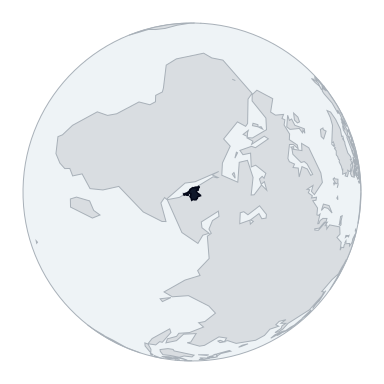 Makkah on an orthographic globe, rotated 91°
{"feature_id": "SAU-888", "entity_name": "Makkah", "entity_type": "Region", "adm_level": 1, "iso_a3": "SAU", "parent_name": "Saudi Arabia", "parent_adm1": "", "projection": "orthographic", "projection_center": [40.65, 21.044], "detail": "fine", "context": "on_globe", "style": "filled", "palette": "ink", "viewbox_px": 384, "rotation_deg": 91, "n_neighbors": 0, "source": "natural_earth", "source_scale": "10m", "svg_char_len": 13296}
<svg xmlns="http://www.w3.org/2000/svg" viewBox="0 0 384 384"><g transform="rotate(91 192 192)"><circle cx="192" cy="192" r="169" fill="#eef3f6" stroke="#a8b0b8"/><path d="M219.2,25.2L220.7,25.6L208.0,24.1L189.2,23.1L204.2,23.5L219.2,25.2ZM188.8,23.1L181.0,23.5L159.0,26.3L160.2,26.2L152.5,27.9L151.0,28.7L147.3,29.5L149.2,29.4L152.8,28.6L154.9,28.4L154.3,28.9L149.6,29.8L149.2,29.7L147.5,30.3L145.4,30.6L146.1,30.8L140.4,32.2L145.1,31.6L139.8,33.5L136.3,34.2L137.9,33.0L134.0,33.3L147.3,29.0L161.0,25.9L174.9,23.9L188.8,23.1ZM112.3,43.0L111.0,43.7L110.0,44.3L112.3,43.0ZM101.9,49.1L102.4,48.8L107.8,45.6L109.1,45.2L115.6,41.8L117.1,41.3L123.2,38.8L120.9,40.6L115.3,43.8L110.1,46.2L107.5,47.9L111.3,47.1L100.6,53.5L91.6,61.6L89.0,63.4L85.8,63.6L88.7,59.4L84.6,61.6L85.8,61.8L79.2,67.2L77.5,68.9L77.0,69.9L79.0,68.6L76.4,71.1L74.3,71.2L76.6,69.0L77.2,68.8L78.5,67.2L77.1,68.1L89.1,58.0L101.9,49.1ZM23.2,185.6L23.1,186.6L23.2,185.6ZM23.0,192.3L23.1,193.4L23.1,196.2L25.5,209.8L28.9,221.7L30.2,231.4L30.3,238.6L36.3,257.6L31.6,245.0L27.9,232.1L25.2,219.0L23.6,205.7L23.0,192.3ZM124.1,38.1L123.6,38.4L122.7,38.7L124.1,38.1ZM127.1,36.8L126.4,36.8L127.7,36.2L128.1,36.2L127.1,36.8ZM127.7,36.9L130.2,35.2L132.6,34.2L136.2,33.4L127.7,36.9ZM232.8,28.0L235.4,28.8L238.6,29.6L231.5,28.3L230.9,27.6L227.0,26.7L230.4,27.5L230.6,27.5L232.8,28.0ZM154.2,28.2L150.4,29.0L154.1,27.9L154.2,28.2ZM156.2,27.5L164.9,25.3L170.3,24.6L166.3,25.3L173.8,24.4L172.1,25.1L167.7,25.7L164.5,26.0L166.3,26.1L156.2,27.5ZM227.1,27.6L226.7,27.8L225.6,27.4L227.1,27.6ZM156.0,28.3L157.3,27.7L162.1,27.0L160.4,28.0L159.4,27.9L156.0,28.3ZM176.5,23.9L179.8,23.8L179.4,24.2L180.6,24.3L172.6,25.0L176.5,23.9ZM158.0,28.3L159.4,28.6L156.6,29.4L155.1,28.8L158.0,28.3ZM164.0,26.5L166.2,26.3L164.4,26.7L164.0,26.5ZM147.5,33.2L148.9,32.3L151.5,31.8L147.5,33.2ZM160.2,28.6L161.1,28.3L162.3,28.1L162.6,28.5L160.2,28.6ZM172.8,25.4L172.0,25.8L176.1,25.1L176.0,25.7L170.6,26.2L172.9,26.2L172.8,26.4L168.5,26.7L172.8,25.4ZM166.6,28.3L159.8,29.6L156.6,31.3L154.1,31.7L159.7,29.0L166.6,28.3ZM168.1,27.3L166.6,28.0L164.3,28.0L164.0,27.6L168.1,27.3ZM177.8,26.0L179.4,25.0L180.5,25.0L177.8,26.0ZM166.1,28.8L167.8,28.5L166.1,28.9L166.1,28.8ZM174.7,26.8L175.1,26.3L176.4,26.3L174.7,26.8ZM170.7,28.4L168.5,28.7L168.2,28.4L170.7,28.4ZM172.9,27.6L174.5,27.7L169.4,28.0L172.9,27.4L172.9,27.6ZM175.8,26.8L176.7,26.6L175.5,27.0L175.8,26.8ZM173.2,29.8L166.9,30.4L166.1,29.4L172.4,29.0L173.2,29.8ZM246.3,32.0L250.6,33.6L257.2,36.2L263.2,39.1L267.9,41.3L268.3,41.4L275.0,44.8L287.4,52.6L275.7,45.9L256.7,36.5L264.3,40.0L262.1,39.3L264.6,40.8L270.0,43.6L270.9,43.8L277.2,50.5L289.3,60.5L289.6,58.4L293.7,60.4L307.7,72.5L321.7,93.7L327.3,98.6L330.2,102.7L331.1,106.6L326.8,100.5L324.2,99.6L321.7,95.9L321.7,100.9L318.0,95.8L319.8,102.6L323.3,105.9L324.7,103.0L327.8,111.7L334.1,117.0L339.1,125.8L342.6,145.2L340.0,153.7L340.7,156.8L337.4,154.9L336.4,162.6L345.1,176.8L346.0,181.8L342.8,194.2L342.1,190.6L333.5,185.4L334.3,197.9L340.9,204.9L343.3,215.4L339.2,214.0L336.6,204.9L333.5,202.7L332.6,192.1L326.8,178.1L322.6,183.1L321.3,176.9L312.7,166.4L305.7,173.2L295.7,193.7L297.1,209.9L292.4,218.2L280.2,197.5L275.3,182.5L270.5,185.0L258.2,173.7L235.9,175.9L233.0,172.0L228.8,174.4L220.2,171.0L216.0,164.6L210.7,165.3L221.8,182.2L227.6,181.4L233.0,174.2L235.0,180.4L243.3,185.2L232.7,201.4L200.1,216.6L197.6,204.5L176.4,171.1L177.4,167.3L177.3,166.9L177.1,166.1L174.5,172.2L171.0,165.6L181.7,189.1L183.2,199.1L199.7,217.4L198.0,219.3L203.5,222.9L222.0,217.5L222.0,221.5L212.8,240.4L187.7,265.3L191.5,281.1L190.4,294.0L175.8,302.2L178.0,311.6L170.6,314.6L170.8,319.6L165.4,324.6L156.0,328.7L139.0,327.0L137.1,322.5L127.4,312.6L113.5,288.1L116.9,277.8L115.1,268.7L102.9,246.6L105.5,235.6L102.4,230.1L96.0,230.0L92.5,223.4L88.7,222.4L65.6,220.0L59.2,210.0L53.0,182.8L57.6,174.6L59.6,163.4L92.4,133.7L98.1,137.6L122.5,137.6L125.4,139.5L121.1,147.8L138.4,161.3L145.5,154.6L162.5,162.1L174.7,162.5L181.4,146.4L161.5,145.3L159.4,137.1L176.4,131.2L194.0,132.8L193.7,129.8L183.8,122.6L188.9,117.3L180.4,119.8L183.0,123.0L177.8,124.8L175.1,122.1L177.0,120.2L172.0,118.5L164.1,128.8L165.9,133.2L152.1,134.1L153.8,141.7L149.6,144.8L145.3,133.3L146.6,129.3L137.5,116.6L134.9,120.7L143.3,133.2L140.1,132.0L136.7,138.4L136.9,132.5L128.4,118.6L116.8,119.4L99.9,133.5L93.6,133.5L89.1,128.9L97.3,112.9L110.7,114.8L113.7,109.9L112.8,101.8L116.9,103.3L118.2,100.4L123.4,101.1L132.4,95.4L138.0,95.6L143.2,87.5L146.8,86.7L142.7,91.6L142.8,95.4L156.8,96.7L160.0,95.2L162.3,90.0L165.8,91.4L166.2,86.2L175.1,85.1L164.7,82.5L167.0,77.1L173.3,73.6L172.2,71.6L162.0,77.4L159.6,80.3L160.6,83.4L152.5,91.8L147.3,92.8L148.7,82.8L141.5,83.3L145.7,76.0L170.7,63.5L180.2,61.8L192.5,69.6L189.3,72.6L183.3,71.1L187.3,77.1L187.7,74.4L190.7,75.7L193.7,71.6L195.9,72.4L195.0,67.4L198.1,67.9L198.6,71.1L205.8,66.2L212.7,66.7L213.2,65.3L211.8,63.6L221.5,65.7L221.4,64.6L218.3,63.4L216.1,60.6L216.1,56.6L219.5,57.5L219.9,59.1L225.9,64.1L226.6,68.6L227.9,68.6L228.1,65.0L220.8,58.8L219.9,56.2L223.9,58.7L222.3,57.5L222.9,56.6L226.6,56.6L222.5,53.8L224.3,43.7L231.6,43.3L234.9,46.3L239.7,41.9L247.6,42.9L244.6,41.6L245.0,39.4L242.5,39.0L241.1,38.3L240.7,33.6L243.2,33.6L239.8,31.2L238.2,30.8L236.2,30.5L231.5,28.3L238.6,29.6L241.6,30.6L243.5,31.1L246.3,32.0ZM79.8,150.6L78.5,153.8L79.8,150.6ZM211.9,143.4L222.9,143.7L219.1,133.6L223.1,133.1L220.3,130.1L218.8,132.9L212.4,124.7L217.5,121.7L216.8,117.5L213.1,117.2L204.6,124.2L213.8,135.7L210.8,139.9L211.9,143.4ZM79.3,67.1L78.4,68.6L77.8,68.8L79.3,67.1ZM80.4,70.8L76.3,74.6L78.8,71.8L77.2,72.5L80.5,67.9L87.8,64.1L83.9,66.5L80.4,70.8ZM86.9,61.3L84.0,64.2L86.9,61.2L86.9,61.3ZM120.0,85.7L121.1,87.8L118.3,90.8L111.3,91.8L115.3,87.4L120.0,85.7ZM123.5,90.3L126.8,80.8L131.3,80.2L128.2,82.1L130.9,82.6L126.6,85.8L127.7,95.1L125.2,98.4L113.6,97.7L118.7,95.9L117.3,93.7L123.5,90.3ZM127.3,61.9L128.8,59.0L136.6,61.3L134.3,63.8L127.2,64.7L125.7,62.2L127.3,61.9ZM133.7,36.2L133.8,35.8L135.1,35.4L136.1,35.5L133.7,36.2ZM148.0,32.8L134.8,38.1L134.2,37.7L127.2,41.8L122.9,42.6L127.6,39.8L119.0,43.8L121.5,41.6L115.9,44.6L126.8,38.3L128.7,36.9L128.2,38.1L132.1,37.3L134.3,36.5L142.2,33.5L148.2,30.5L153.0,29.7L154.8,29.9L154.1,30.5L151.2,30.8L152.3,31.4L147.6,32.2L148.0,32.8ZM173.2,39.2L170.1,38.2L171.6,41.7L166.9,41.7L167.3,42.1L163.4,43.2L159.3,45.4L157.4,45.1L156.7,46.1L154.0,47.0L152.4,48.4L148.3,48.5L146.0,50.3L145.4,49.4L142.4,52.5L142.8,50.3L139.4,51.6L140.8,53.1L122.8,52.7L115.0,55.1L108.2,58.4L109.7,54.8L117.0,49.6L126.7,44.7L134.0,43.3L133.4,42.2L136.7,41.3L135.8,42.6L139.2,40.2L141.7,39.8L150.3,36.9L153.6,34.2L156.8,33.2L156.8,34.2L160.0,32.6L162.2,33.9L164.5,33.3L169.0,34.2L167.6,36.7L170.3,36.0L173.9,36.9L173.2,39.2ZM174.4,30.1L173.7,32.6L170.8,33.9L164.2,31.8L161.8,32.2L157.5,31.4L161.8,29.5L162.6,29.9L164.4,29.8L162.4,30.4L165.4,29.9L166.6,30.5L169.3,30.3L168.4,31.1L174.4,30.1ZM129.4,136.8L131.8,137.5L135.6,137.6L133.5,141.9L129.4,136.8ZM123.5,127.3L125.7,127.1L124.6,132.7L122.2,132.2L123.5,127.3ZM127.9,122.4L125.9,126.6L125.5,124.0L127.9,122.4ZM144.9,91.2L147.4,90.9L147.3,92.1L145.4,93.9L144.9,91.2ZM176.6,51.2L175.3,49.9L176.3,49.5L176.7,46.3L180.3,46.3L181.4,48.2L176.6,51.2ZM177.5,149.1L173.4,152.0L171.8,150.4L173.5,149.7L177.5,149.1ZM152.0,147.1L157.4,149.7L151.4,148.3L152.0,147.1ZM180.6,50.6L180.3,49.2L182.2,50.1L180.6,50.6ZM182.9,46.2L185.3,46.9L180.8,45.9L182.9,46.2ZM244.9,345.6L246.0,346.4L243.4,347.0L244.9,345.6ZM219.8,291.1L209.2,313.2L201.1,313.5L199.1,307.4L202.7,294.2L212.1,290.0L216.6,283.6L219.8,291.1ZM355.2,230.3L355.9,229.5L355.8,230.3L355.2,230.3ZM354.5,229.3L355.6,227.8L354.0,231.2L354.5,229.3ZM356.0,227.3L357.2,224.2L357.8,222.3L357.5,224.0L356.0,227.3ZM353.5,230.4L346.8,236.2L343.7,236.5L344.8,233.3L349.9,230.3L353.5,230.4ZM344.5,233.4L339.2,229.3L329.2,211.9L332.8,210.6L342.8,219.1L342.2,221.7L345.5,225.6L344.5,233.4ZM355.8,210.9L355.2,218.2L351.9,220.9L350.1,221.2L349.0,213.3L349.7,208.2L351.2,207.1L355.1,187.1L356.9,189.1L356.1,197.1L357.5,201.8L355.8,210.9ZM297.9,211.2L302.1,219.7L299.3,222.0L297.9,211.2ZM355.1,174.5L354.6,183.0L354.5,172.4L355.1,174.5ZM354.1,165.1L354.9,168.3L353.7,165.9L354.1,165.1ZM342.1,161.4L340.6,163.5L339.8,161.2L341.3,157.2L342.1,161.4ZM342.8,133.3L345.6,140.1L346.4,142.7L344.3,139.2L342.8,133.3ZM210.6,51.6L206.0,55.8L205.0,59.5L208.2,62.3L201.8,60.4L203.2,54.7L210.6,51.6ZM222.2,44.4L219.4,42.4L221.9,42.4L222.9,42.9L222.2,44.4ZM219.7,43.8L213.9,43.0L213.1,41.4L217.8,42.3L219.7,43.8ZM197.2,46.0L195.5,47.1L194.0,46.3L197.2,46.0ZM326.7,294.1L330.2,289.2L336.8,277.6L337.3,277.2L341.4,268.6L348.8,254.8L353.7,240.9L349.9,252.2L345.2,263.3L339.7,274.0L333.6,284.2L326.7,294.1ZM357.0,227.5L358.6,220.0L358.9,218.5L357.0,227.5ZM360.4,204.5L360.2,206.4L360.1,205.7L360.4,204.5ZM360.6,203.4L360.5,204.2L360.6,202.5L360.6,203.4ZM358.1,202.4L358.5,206.1L359.6,201.4L358.7,206.9L359.0,212.7L358.5,215.9L358.4,209.4L357.5,217.9L357.0,218.6L357.1,212.2L358.0,203.0L358.5,198.7L360.2,193.8L358.1,202.4ZM360.8,197.2L360.7,192.7L360.6,188.9L360.8,191.0L360.8,197.2ZM359.5,182.2L358.1,177.9L357.7,181.4L357.8,170.7L359.2,176.6L359.5,182.2ZM357.1,170.8L356.8,174.0L356.6,168.1L357.1,170.8ZM356.3,172.4L355.4,168.6L356.1,168.1L356.3,172.4ZM357.5,170.3L356.2,163.4L357.2,166.8L357.5,170.3ZM353.0,160.2L355.8,164.5L353.5,164.5L349.8,151.9L350.5,150.4L353.0,160.2ZM334.1,104.7L331.9,101.7L331.5,100.0L333.1,102.5L334.1,104.7ZM328.2,93.0L330.7,98.6L332.3,103.8L333.4,104.6L336.8,110.7L333.2,106.5L329.6,98.9L329.0,96.0L325.6,91.3L323.2,87.2L318.7,82.1L316.6,79.3L320.5,83.2L328.2,93.0ZM316.7,80.0L308.0,71.1L308.8,70.7L310.9,72.6L314.6,76.7L313.9,76.6L316.7,80.0ZM306.1,68.9L305.4,68.9L291.1,58.6L288.3,56.5L299.6,63.4L299.5,63.9L302.9,66.7L306.1,68.9ZM228.6,28.2L226.9,27.9L228.1,27.9L228.6,28.2ZM239.7,38.1L238.0,37.2L239.6,37.1L239.7,38.1ZM234.2,34.7L233.7,35.4L232.8,34.3L234.2,34.7ZM232.7,37.3L232.8,35.5L234.7,37.8L232.7,37.3Z" fill="#d9dde1" stroke="#a8b0b8" stroke-width="1"/><path d="M194.7,200.6L194.6,200.4L194.4,200.4L194.5,200.3L194.4,200.3L194.4,200.2L194.2,199.9L194.2,199.6L194.0,199.4L193.9,199.2L193.8,199.3L193.7,199.2L193.6,198.9L193.7,198.5L193.6,198.4L193.4,198.3L193.4,198.2L193.4,197.9L193.5,197.8L193.4,197.8L193.4,197.7L193.2,197.7L193.1,197.4L193.1,197.2L192.9,197.0L192.9,196.9L192.9,196.7L192.5,196.4L192.4,196.3L192.3,196.2L192.4,196.3L192.4,196.1L192.4,195.9L192.3,195.7L192.2,195.7L192.0,195.8L191.9,195.7L191.8,195.4L191.7,195.3L191.7,195.2L191.4,195.1L191.3,194.9L191.1,194.8L190.9,194.7L190.7,194.5L190.5,194.4L190.4,194.3L190.4,194.2L190.2,194.3L189.9,194.2L190.0,194.2L190.1,194.3L189.7,194.1L189.5,193.9L189.2,193.7L189.1,193.4L188.9,193.2L188.8,192.9L188.7,192.8L188.8,192.9L188.7,192.9L188.6,192.7L188.4,192.5L188.4,192.4L188.2,192.2L188.1,191.9L187.9,191.8L187.9,191.6L187.8,191.3L187.7,191.2L187.9,191.0L187.9,190.9L187.9,190.7L187.7,190.4L187.7,190.2L187.8,190.0L187.8,189.9L187.7,190.0L187.6,189.9L187.6,189.7L187.4,189.6L187.4,189.4L187.3,189.1L187.5,189.2L187.6,188.9L187.6,188.7L187.6,188.8L187.6,188.7L187.7,188.4L187.7,188.2L187.8,188.2L187.9,187.9L187.8,188.1L187.7,188.1L187.7,187.9L187.7,187.7L187.6,187.3L187.5,187.0L187.6,186.9L187.4,186.7L187.4,186.8L187.5,186.9L187.4,187.0L187.3,186.8L187.3,186.7L187.1,186.4L187.3,186.6L187.3,186.4L187.2,186.3L187.1,186.2L187.0,186.3L187.0,186.2L186.9,186.1L187.0,186.1L187.0,185.8L186.9,185.7L186.9,185.8L186.8,185.6L186.7,185.5L186.7,185.3L186.6,185.2L187.0,184.9L187.3,184.9L187.4,185.0L187.5,185.1L187.8,185.4L188.0,185.6L188.6,185.7L188.7,185.8L188.8,185.9L188.8,186.0L189.1,186.0L189.6,185.8L189.9,185.8L190.0,185.8L190.1,186.0L190.1,186.3L189.9,186.6L189.9,186.8L190.0,186.8L190.3,186.9L190.4,187.0L190.5,187.3L190.4,187.6L190.5,187.7L190.8,187.7L191.0,187.7L191.2,187.4L191.3,187.4L191.5,187.4L191.9,187.5L192.0,187.5L192.1,187.4L192.3,187.1L192.4,186.9L193.2,186.3L193.6,186.0L193.7,185.8L194.1,185.7L194.1,185.4L193.8,185.2L193.7,185.2L193.8,185.0L193.9,184.9L194.3,184.7L194.8,184.4L195.0,184.2L195.0,183.9L194.9,183.6L195.0,183.5L195.1,183.4L195.6,183.4L195.6,183.7L195.6,183.9L195.7,184.0L195.8,184.1L195.9,184.3L196.1,184.7L196.2,185.0L196.3,185.4L196.6,186.2L196.7,186.3L196.9,186.4L197.0,186.4L197.4,186.4L198.0,186.5L198.4,186.6L198.4,186.9L198.4,187.3L198.4,187.5L198.5,187.5L199.1,187.5L199.6,187.6L199.7,188.1L199.8,189.2L199.8,189.3L199.6,189.6L199.6,190.3L199.5,190.8L199.6,191.1L200.3,192.1L200.0,192.2L199.6,192.5L199.4,192.5L199.2,192.5L198.9,192.5L198.7,192.6L198.4,192.6L198.2,192.7L198.0,192.9L197.5,193.2L196.8,193.8L196.5,194.0L196.4,194.0L196.2,193.9L195.8,193.2L195.7,193.1L195.2,193.2L195.1,193.3L194.7,193.3L194.4,193.4L194.1,193.0L194.1,192.9L193.9,192.8L193.7,192.9L193.6,193.0L193.7,193.5L193.5,194.0L193.4,194.3L193.2,194.4L192.9,194.4L192.7,194.5L192.5,194.8L192.4,194.8L192.5,195.0L192.8,195.2L192.9,195.3L192.8,195.7L192.9,196.0L192.9,196.3L193.0,196.4L193.2,196.6L193.3,196.6L193.4,196.9L193.6,196.9L193.8,196.9L194.0,196.7L194.1,196.4L194.2,195.9L194.3,195.8L194.5,195.7L194.8,195.7L195.0,195.6L195.3,195.7L195.4,195.8L195.3,196.3L195.3,196.5L195.4,196.8L195.3,197.2L195.3,197.3L195.2,197.4L194.8,197.3L194.7,197.3L194.3,197.6L194.2,197.6L194.0,198.3L194.1,198.6L194.3,198.7L194.7,198.7L194.8,198.7L195.0,198.7L195.0,198.8L195.2,199.5L195.1,200.0L195.0,200.3L194.8,200.4L194.7,200.5L194.7,200.6Z" fill="#0f172a" stroke="#020617" stroke-width="1.5"/></g></svg>